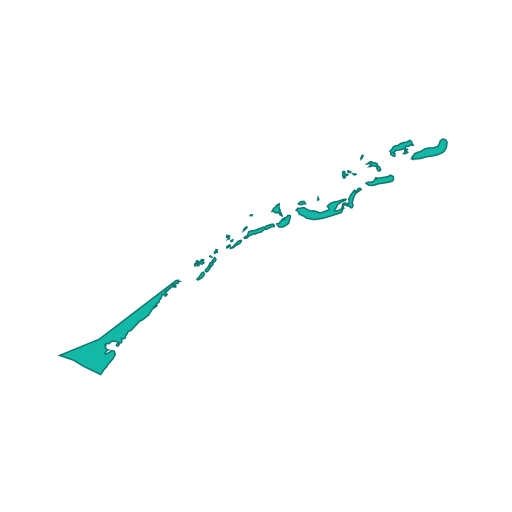 Auki-Langalanga, Solomon Islands (Equal Earth projection), rotated 250°
{"feature_id": "97153195B20176739288406", "entity_name": "Auki-Langalanga", "entity_type": "district", "adm_level": 2, "iso_a3": "SLB", "parent_name": "Solomon Islands", "parent_adm1": "", "projection": "equal_earth", "projection_center": [160.735, -8.86], "detail": "fine", "context": "isolated", "style": "filled", "palette": "teal", "viewbox_px": 512, "rotation_deg": 250, "n_neighbors": 0, "source": "geoboundaries", "source_scale": "gbopen_adm2", "svg_char_len": 6168}
<svg xmlns="http://www.w3.org/2000/svg" viewBox="0 0 512 512"><g transform="rotate(250 256 256)"><path d="M197.7,69.5L201.3,74.4L202.9,77.8L204.3,79.1L208.5,86.7L211.8,90.2L215.0,90.3L216.2,88.6L216.4,86.8L215.8,86.6L215.1,81.8L216.1,80.5L218.3,83.9L218.3,84.9L219.0,83.7L221.0,83.5L221.1,83.0L223.4,84.0L223.2,84.8L224.3,83.6L224.7,86.4L223.9,87.9L225.1,91.0L224.8,92.5L223.5,95.4L220.8,98.2L220.6,99.6L221.2,100.6L224.5,101.3L223.6,102.4L223.6,105.0L225.4,106.0L227.3,108.9L228.9,109.8L228.8,113.0L233.8,123.1L234.5,123.7L234.8,127.7L237.2,134.7L241.5,140.5L242.4,143.6L243.2,143.1L242.6,144.6L243.5,146.2L244.3,145.0L245.3,146.4L245.7,149.1L247.4,149.8L248.6,152.1L252.1,154.9L251.5,155.9L249.4,157.0L249.4,158.2L250.5,159.4L251.1,158.7L252.6,158.8L253.4,157.4L253.2,159.9L253.7,160.8L254.3,160.5L253.8,161.8L255.3,163.3L254.9,164.1L255.4,164.1L255.3,164.7L257.4,169.2L257.1,173.5L258.1,174.1L258.2,175.6L259.2,173.9L259.8,174.5L260.3,172.6L231.4,80.1L229.7,37.5L220.7,48.7L210.7,56.8L197.7,69.5ZM286.6,311.9L285.4,309.4L283.3,311.0L280.6,310.9L276.5,315.1L273.9,316.7L273.4,318.2L272.4,319.1L272.5,320.4L271.4,320.8L270.2,323.6L268.4,332.3L267.6,351.1L270.0,353.4L270.7,353.2L271.1,351.8L270.6,349.7L270.8,347.0L271.5,345.2L272.7,345.8L274.5,348.5L276.3,350.0L277.8,355.9L277.7,358.8L278.4,359.8L279.2,358.4L279.4,351.1L280.1,347.2L279.9,343.6L278.4,340.0L275.5,341.0L274.5,340.4L274.4,331.5L275.6,329.2L276.2,329.2L277.5,327.3L277.5,326.5L278.3,326.5L278.2,325.5L279.0,325.1L279.4,323.0L282.1,320.0L284.7,318.0L285.4,316.6L285.8,313.0L286.6,311.9ZM302.0,470.8L300.9,468.1L299.3,467.2L296.7,464.3L297.1,458.7L298.5,454.9L298.9,451.3L297.8,446.0L298.2,443.8L297.9,440.2L295.5,436.4L294.7,436.2L292.4,439.4L292.3,441.1L291.4,442.9L291.0,449.5L289.0,459.9L289.3,466.4L290.2,468.8L292.5,471.8L297.5,474.5L300.2,474.0L301.8,472.0L302.0,470.8ZM288.5,395.3L287.4,395.2L287.4,393.9L286.1,392.6L285.8,390.3L286.9,387.1L287.1,384.7L286.6,384.2L283.8,386.3L282.3,389.9L281.9,396.0L279.9,405.9L279.8,409.9L280.8,411.4L283.7,412.2L286.0,410.1L285.5,407.0L287.1,398.2L287.0,396.8L287.9,396.6L288.5,395.3ZM312.4,430.7L311.3,427.1L311.9,424.4L311.5,422.2L309.8,420.2L308.8,417.7L307.2,418.1L305.3,417.4L302.5,419.7L302.4,420.7L304.6,421.5L306.3,420.4L306.6,422.2L307.4,423.3L306.1,429.8L306.4,431.7L306.1,433.3L307.8,434.0L306.9,437.0L307.6,439.7L306.5,440.6L306.5,441.8L307.7,441.2L310.5,441.3L312.1,440.1L311.4,435.9L312.3,433.2L311.8,431.8L312.4,430.7ZM281.3,259.7L281.2,257.4L277.9,254.7L277.7,252.1L277.2,251.1L276.4,251.3L276.0,253.5L277.2,256.2L277.6,261.3L276.9,262.4L277.2,267.2L276.7,268.9L278.3,273.3L277.5,275.1L278.2,281.1L277.4,283.1L278.2,283.5L279.9,283.3L280.5,281.4L280.7,275.7L279.8,273.9L280.6,273.0L280.5,262.6L281.3,259.7ZM284.2,376.9L284.3,374.7L282.9,373.5L282.3,371.4L282.7,370.5L283.9,371.4L284.2,370.9L280.3,365.1L279.3,364.6L278.0,362.6L276.0,362.5L272.9,360.6L275.2,358.3L275.6,356.2L274.9,354.9L273.4,354.4L271.3,352.6L270.8,354.8L273.4,354.9L273.8,356.1L273.4,357.3L271.4,359.6L271.2,360.8L268.9,361.4L268.6,362.8L270.3,364.5L273.3,364.6L278.7,368.6L280.8,371.4L282.5,377.6L284.2,376.9ZM283.3,300.1L282.1,298.1L281.9,296.0L280.5,295.7L280.6,295.1L281.6,295.0L281.9,294.0L281.5,293.0L280.7,293.2L280.2,290.7L278.9,289.6L279.0,286.5L275.4,287.5L274.4,289.7L274.1,292.5L275.4,297.6L280.5,301.5L282.2,302.0L283.3,300.1ZM297.0,295.7L296.6,292.3L295.6,291.8L294.6,288.8L292.4,286.2L291.6,288.4L290.4,288.6L289.4,290.1L289.2,292.2L286.2,292.8L284.8,294.2L288.1,294.4L289.8,293.2L290.6,294.3L294.2,294.2L297.0,295.7ZM305.5,395.4L304.5,392.0L303.9,394.6L303.1,395.4L302.2,395.3L301.3,392.9L300.8,394.4L301.2,396.0L298.5,400.3L297.1,399.5L295.0,399.7L293.7,400.5L293.6,401.6L294.5,402.8L297.3,402.5L298.9,401.2L301.4,401.3L302.7,400.0L303.7,398.0L305.1,396.8L305.5,395.4ZM258.9,200.8L258.5,199.0L255.5,195.1L254.5,192.6L253.2,193.3L254.1,198.0L255.9,200.8L257.6,201.4L258.9,200.8ZM276.0,245.7L275.9,244.1L272.6,237.6L272.2,234.5L271.7,234.9L271.6,237.5L273.0,241.1L272.8,242.6L273.8,246.1L275.3,247.5L275.9,247.2L275.5,246.6L276.0,245.7ZM271.3,203.7L270.0,201.8L269.7,197.4L268.9,198.4L266.6,198.0L266.6,199.2L268.5,199.7L266.8,202.6L267.3,204.5L267.7,204.8L269.2,203.3L269.6,205.1L270.4,205.5L271.3,203.7ZM305.6,367.3L305.2,366.0L303.9,365.9L302.7,365.0L299.5,364.8L298.9,366.2L299.5,366.8L300.7,366.4L300.6,369.6L301.3,370.3L302.1,368.2L303.4,367.7L305.0,368.3L305.6,367.3ZM291.6,316.2L290.8,313.7L289.9,314.0L288.6,316.2L288.7,318.5L288.1,320.4L290.8,319.9L291.5,318.1L291.6,316.2ZM262.4,207.6L259.9,203.4L259.0,203.2L258.0,203.9L258.2,205.4L259.8,208.2L260.9,209.0L262.4,207.6ZM265.4,211.2L265.2,210.5L263.2,208.6L261.4,210.3L261.6,211.0L262.5,210.9L262.6,212.5L263.2,213.0L264.7,212.6L265.4,211.2ZM304.7,432.1L302.7,431.3L301.8,429.7L300.9,431.9L301.6,434.1L302.7,433.1L303.6,433.2L304.5,435.5L304.7,432.1ZM268.5,216.7L266.2,212.9L264.9,213.4L264.5,214.5L265.2,216.0L266.6,217.3L268.5,216.7ZM275.5,234.2L274.6,231.5L273.6,231.3L274.1,235.3L275.0,235.5L275.5,234.2ZM221.2,96.1L220.1,94.3L218.8,94.7L218.7,95.8L219.5,97.1L220.5,97.1L221.2,96.1ZM274.5,219.7L274.0,218.4L272.7,217.9L272.8,220.8L273.6,221.2L274.5,219.7ZM285.4,235.7L283.4,234.7L283.0,237.5L283.5,238.1L284.4,237.5L285.4,235.7ZM286.7,257.1L285.6,254.1L283.9,252.7L285.1,256.1L286.2,257.5L286.7,257.1ZM256.6,169.2L255.3,167.7L254.3,169.9L255.3,170.5L256.6,169.2ZM314.3,390.4L312.3,388.1L311.1,387.8L311.8,389.2L313.6,391.0L314.3,390.4ZM304.5,371.4L303.3,371.1L302.1,373.4L302.7,373.7L302.7,373.2L304.2,372.3L304.5,371.4ZM279.2,239.7L278.9,237.5L278.0,237.5L277.8,238.9L279.2,239.7ZM300.1,375.2L298.5,376.1L298.5,378.0L298.8,378.0L300.1,375.2ZM269.4,196.2L269.2,195.5L267.8,195.0L267.4,196.2L268.6,196.9L269.4,196.2ZM289.7,334.4L288.2,333.3L287.3,333.2L287.5,334.3L289.7,334.4ZM271.6,199.5L271.6,198.3L270.6,197.6L270.9,199.7L271.6,199.5ZM296.4,265.2L296.0,264.4L295.2,266.2L295.9,266.6L296.4,265.2ZM271.8,212.7L271.3,212.3L270.2,214.0L271.5,213.4L271.8,212.7ZM294.1,436.5L294.0,435.6L292.8,437.0L293.3,437.3L294.1,436.5ZM282.0,236.6L281.3,235.4L281.3,236.9L282.0,236.6ZM275.7,220.6L274.9,220.2L274.5,221.2L274.9,221.7L275.7,220.6Z" fill="#14b8a6" stroke="#0f766e" stroke-width="1.5"/></g></svg>